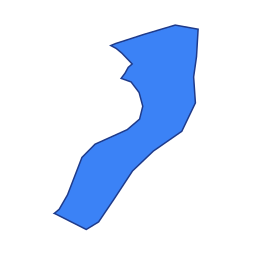 the Municipality of Budva, rotated 75°
{"feature_id": "MNE-1499", "entity_name": "Budva", "entity_type": "Municipality", "adm_level": 1, "iso_a3": "MNE", "parent_name": "Montenegro", "parent_adm1": "", "projection": "equal_earth", "projection_center": [18.879, 42.272], "detail": "fine", "context": "isolated", "style": "filled", "palette": "blue", "viewbox_px": 256, "rotation_deg": 75, "n_neighbors": 0, "source": "natural_earth", "source_scale": "10m", "svg_char_len": 553}
<svg xmlns="http://www.w3.org/2000/svg" viewBox="0 0 256 256"><g transform="rotate(75 128 128)"><path d="M191.4,221.3L188.7,215.5L176.9,203.7L144.5,180.1L135.1,164.0L129.4,129.2L122.4,114.5L110.8,108.1L96.6,108.1L84.3,113.1L78.3,121.8L74.4,116.8L69.5,112.1L67.2,107.4L54.2,114.5L48.1,118.8L43.9,123.3L43.2,118.1L41.7,88.6L40.8,55.8L47.8,40.9L50.7,34.7L76.9,43.4L95.7,51.4L121.2,56.4L145.1,76.9L151.9,95.8L156.8,109.4L170.6,134.7L192.8,159.6L211.1,180.7L215.2,194.6L191.5,221.1L191.4,221.3Z" fill="#3b82f6" stroke="#1e3a8a" stroke-width="1.5"/></g></svg>